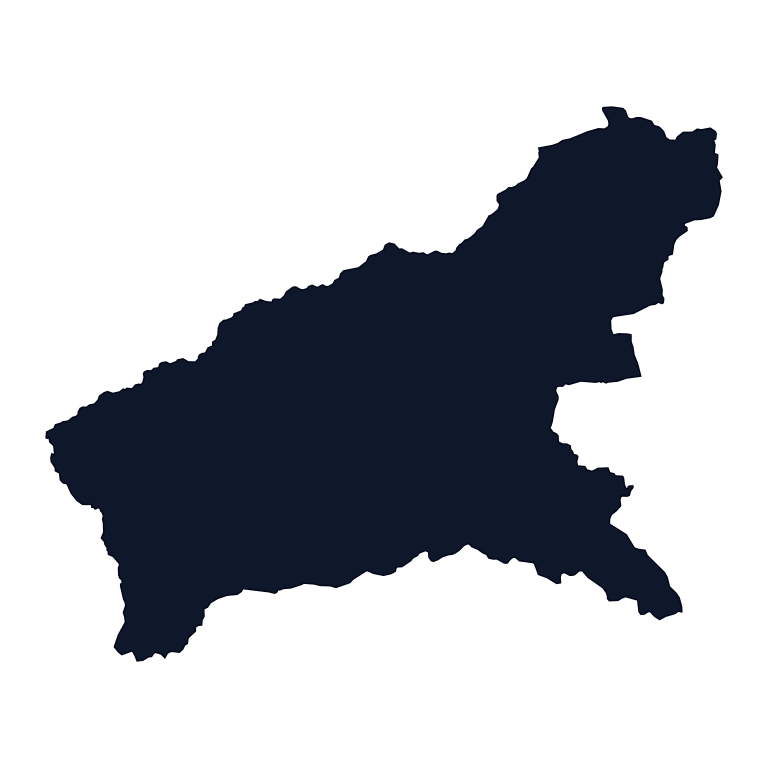 the district of Erati, Nampula, Mozambique
{"feature_id": "85939544B1665883546251", "entity_name": "Erati", "entity_type": "district", "adm_level": 2, "iso_a3": "MOZ", "parent_name": "Mozambique", "parent_adm1": "Nampula", "projection": "albers", "projection_center": [39.844, -13.887], "detail": "fine", "context": "isolated", "style": "filled", "palette": "ink", "viewbox_px": 768, "rotation_deg": 0, "n_neighbors": 0, "source": "geoboundaries", "source_scale": "gbopen_adm2", "svg_char_len": 6075}
<svg xmlns="http://www.w3.org/2000/svg" viewBox="0 0 768 768"><path d="M126.5,388.4L125.8,390.0L123.2,389.1L119.7,391.9L112.9,393.5L107.5,391.6L104.1,392.8L99.4,396.2L98.3,399.9L94.4,404.1L89.4,405.1L86.3,407.5L82.9,407.1L80.2,408.4L78.4,411.7L78.1,414.8L75.8,416.6L72.7,417.4L68.3,421.0L62.4,422.0L61.7,422.9L55.5,424.8L53.8,428.6L46.7,431.9L46.1,437.8L47.5,438.3L48.9,437.3L49.9,442.1L53.8,445.6L54.7,453.9L53.7,454.5L51.8,453.9L50.9,457.9L51.3,461.7L55.2,467.6L55.4,470.8L59.6,473.0L60.3,479.6L61.6,481.4L63.3,483.0L66.3,483.4L67.4,484.6L71.3,493.3L77.1,500.5L82.6,504.4L90.9,504.4L91.6,504.8L91.8,507.2L93.5,507.3L95.2,509.0L98.4,507.5L99.9,508.5L101.0,511.4L102.1,512.2L103.5,516.0L102.6,519.2L103.5,523.1L103.8,532.2L101.4,538.1L104.8,542.0L104.9,544.1L107.7,548.7L106.9,549.7L108.2,551.1L108.5,554.4L113.1,556.3L119.0,563.1L119.7,565.1L118.5,567.8L118.8,575.2L119.7,577.9L122.0,580.0L122.3,583.3L120.7,584.1L120.7,586.2L123.7,599.2L125.5,603.0L125.6,606.0L123.4,612.6L124.9,617.1L125.4,622.3L118.4,635.2L114.4,646.9L118.4,651.9L121.8,654.6L132.2,650.8L134.7,654.7L137.1,660.9L143.1,660.1L148.2,656.9L151.6,656.4L153.7,653.3L155.6,652.3L161.4,654.1L164.8,657.8L167.3,653.3L169.6,651.9L171.9,651.3L179.4,652.2L182.8,649.0L184.7,645.0L187.3,643.5L187.9,638.8L188.9,637.1L195.4,631.1L195.3,627.2L198.1,625.3L201.6,625.0L202.0,619.9L204.0,616.3L203.7,608.9L207.5,607.1L210.3,602.8L217.4,598.5L226.9,595.2L237.1,594.3L241.3,591.5L242.9,588.6L268.8,591.7L274.8,593.2L276.7,592.2L277.8,589.9L280.9,589.6L282.9,588.5L290.5,587.9L301.9,584.3L303.4,583.1L314.1,583.9L320.3,585.4L330.4,585.7L335.9,587.4L349.8,582.6L352.9,579.2L365.9,570.9L367.7,570.6L373.5,573.3L383.5,575.3L390.9,573.6L395.4,571.2L395.8,568.4L396.9,566.9L401.9,566.6L410.6,560.7L412.7,558.0L417.7,555.3L418.6,553.2L425.5,550.5L428.7,551.9L429.0,557.2L431.2,560.5L433.5,561.3L437.8,559.6L442.0,556.8L448.2,554.7L452.6,554.1L455.5,552.7L459.2,550.2L463.8,545.5L467.6,543.7L469.9,544.4L471.6,546.5L478.2,549.4L483.0,552.9L486.7,554.4L488.8,558.0L493.2,559.0L497.0,558.9L504.4,563.0L507.1,563.1L510.0,559.5L512.7,557.4L515.1,557.0L519.4,560.7L533.5,562.6L534.8,564.4L538.5,574.4L547.0,577.5L556.6,583.4L560.5,582.8L560.1,576.9L561.2,573.7L563.1,572.7L565.0,572.7L569.6,575.2L572.1,575.3L574.7,574.6L579.0,570.8L582.3,570.6L588.1,577.3L602.9,587.7L606.0,592.0L607.5,595.6L607.6,598.7L609.3,600.7L618.1,600.3L621.7,598.0L625.7,596.6L637.7,600.0L639.1,611.8L640.9,614.3L644.1,614.1L648.1,611.7L650.3,611.5L654.6,616.3L659.6,619.5L665.7,616.2L674.7,613.6L678.3,611.2L681.8,611.8L681.5,606.5L679.2,597.9L676.1,593.2L669.5,586.8L667.1,577.3L664.3,572.4L647.1,555.4L645.0,550.3L638.2,549.4L634.2,547.9L626.3,534.8L609.3,524.0L609.6,518.8L611.3,514.6L616.0,510.9L620.6,505.8L619.8,500.0L620.5,497.3L621.9,496.0L627.5,496.1L629.3,495.2L630.5,490.8L633.0,487.4L632.8,485.9L629.3,486.1L628.1,487.0L628.1,488.4L626.1,488.8L624.3,484.9L623.5,478.2L622.7,476.4L615.2,475.9L614.0,473.8L609.7,472.8L608.0,468.0L598.1,468.4L592.0,471.5L586.6,469.8L584.9,466.6L578.3,466.1L577.3,465.4L576.6,461.9L577.8,457.0L577.0,455.4L573.4,454.5L572.3,451.2L570.6,449.3L570.2,445.9L566.9,444.2L562.3,444.0L558.3,442.0L558.0,435.9L556.2,433.8L552.9,432.3L549.5,427.5L550.6,426.5L552.2,421.4L554.2,409.3L557.9,399.5L557.9,396.4L555.4,390.9L556.4,387.0L558.9,386.0L562.7,386.2L565.2,383.6L569.0,384.4L580.7,381.0L595.9,382.2L599.3,381.3L601.2,382.3L602.8,381.3L606.0,382.9L607.8,382.0L617.4,381.1L626.1,378.1L640.7,376.1L637.5,363.6L634.0,355.0L632.8,347.1L631.0,341.7L631.0,334.9L627.6,334.1L618.6,333.8L613.0,335.1L610.8,329.2L610.4,320.5L612.0,317.4L613.8,316.3L633.4,313.3L650.0,304.9L655.1,304.2L658.3,302.1L661.9,303.5L663.2,302.8L663.7,298.7L661.8,295.2L662.1,290.0L659.4,278.4L661.8,271.6L661.6,269.2L662.6,267.2L663.1,263.3L664.1,261.5L667.6,259.5L667.9,255.4L672.2,254.1L673.7,244.0L675.8,239.4L678.8,236.3L687.1,230.5L686.8,227.5L684.4,226.2L683.9,223.5L694.3,219.6L700.8,219.3L710.1,217.5L713.1,215.9L713.8,214.6L718.2,204.8L720.8,191.3L718.9,180.4L721.9,177.3L716.3,167.6L717.2,164.1L717.8,155.0L714.1,153.3L715.0,144.8L713.6,141.2L713.9,139.8L715.6,138.9L716.2,134.0L715.6,131.9L710.3,128.2L701.2,129.9L697.3,129.2L692.5,132.3L683.2,132.4L677.5,136.9L675.6,140.5L669.5,140.2L665.8,137.7L663.7,131.9L661.0,128.8L658.7,126.9L653.9,125.6L651.4,121.3L640.7,117.8L636.7,117.7L632.3,119.1L629.4,118.8L627.5,117.1L625.3,111.0L623.0,108.6L612.2,107.1L603.3,107.6L602.6,108.3L602.9,110.4L608.5,120.2L609.2,124.1L608.2,126.9L604.6,129.1L598.3,128.8L587.4,132.0L570.0,139.1L562.6,140.6L558.1,143.6L552.2,145.6L538.7,148.1L539.6,151.0L539.0,153.1L539.6,157.5L533.6,167.2L531.7,168.9L527.4,178.6L524.6,181.0L518.3,184.0L515.4,186.6L511.4,187.9L508.6,187.8L506.5,190.0L497.9,194.5L497.2,196.0L497.3,200.8L500.0,204.5L498.2,209.6L491.2,215.3L489.2,215.8L482.9,226.8L477.6,230.3L474.9,234.0L471.4,237.0L467.5,239.7L465.2,240.0L461.6,243.8L459.8,244.6L457.1,247.8L456.2,250.7L452.6,253.9L448.9,253.3L446.5,254.1L441.2,253.5L436.8,251.4L434.8,251.5L428.0,255.0L426.5,255.0L423.3,253.0L418.9,253.6L413.0,252.4L409.9,253.5L401.7,249.0L399.0,249.3L394.1,244.2L389.1,243.1L385.3,245.3L383.6,250.0L376.5,254.2L370.8,255.6L368.8,256.9L366.5,261.8L358.6,267.9L343.6,270.9L340.6,274.1L339.5,278.2L335.0,280.5L333.0,284.0L329.1,286.3L326.2,286.8L322.6,284.9L317.3,287.6L312.2,285.3L308.9,286.5L306.9,288.8L302.9,290.0L300.0,289.4L295.8,287.0L293.0,287.2L286.4,292.0L284.2,296.2L280.4,299.5L274.2,299.1L273.2,299.5L271.9,302.4L265.7,301.7L260.1,299.6L257.6,302.0L255.1,301.7L253.5,303.0L245.5,304.9L244.7,307.1L242.8,308.1L241.8,310.9L234.2,313.9L233.7,316.2L231.7,318.1L226.1,320.3L223.7,320.4L219.9,323.7L218.4,328.1L218.0,334.8L215.8,340.4L212.9,341.9L212.7,345.9L208.1,347.9L205.5,353.1L202.1,353.6L199.6,354.9L198.5,356.9L198.7,358.5L195.5,362.1L188.2,361.9L183.1,358.9L177.7,359.9L176.4,361.6L170.0,364.1L166.2,362.1L162.2,362.6L159.9,363.9L158.7,367.8L153.9,368.5L151.3,371.0L147.2,370.7L144.3,372.1L143.5,374.0L144.2,377.0L143.1,381.9L141.3,384.6L138.6,384.3L135.5,385.0L132.3,388.8L126.5,388.4Z" fill="#0f172a" stroke="#020617" stroke-width="1.5"/></svg>